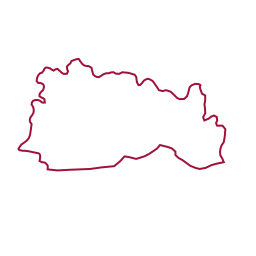 Byerastavitsa, Grodno, Belarus (Mercator projection), rotated 284°
{"feature_id": "67162791B90230438084188", "entity_name": "Byerastavitsa", "entity_type": "district", "adm_level": 2, "iso_a3": "BLR", "parent_name": "Belarus", "parent_adm1": "Grodno", "projection": "mercator", "projection_center": [23.993, 53.236], "detail": "fine", "context": "isolated", "style": "outline", "palette": "rose", "viewbox_px": 256, "rotation_deg": 284, "n_neighbors": 0, "source": "geoboundaries", "source_scale": "gbopen_adm2", "svg_char_len": 2393}
<svg xmlns="http://www.w3.org/2000/svg" viewBox="0 0 256 256"><g transform="rotate(284 128 128)"><path d="M68.4,60.0L69.7,69.6L73.5,82.0L79.1,101.2L83.4,111.9L87.6,123.8L94.0,128.5L99.6,131.5L100.0,135.8L100.0,143.4L102.1,146.9L104.7,151.1L107.7,154.5L112.4,158.8L115.4,161.4L119.2,163.1L119.2,171.6L118.8,175.4L116.6,179.7L113.2,180.6L111.1,184.4L110.2,188.2L108.1,193.4L106.4,197.6L105.6,203.2L105.6,207.5L108.1,213.0L112.0,217.7L114.9,222.8L118.0,229.2L121.0,227.0L124.0,224.1L127.5,223.0L130.9,222.7L133.8,223.0L137.2,224.3L141.4,224.1L145.5,223.6L150.5,222.7L153.1,219.1L152.6,217.0L151.8,213.9L153.9,212.3L157.0,212.7L160.2,211.4L160.9,208.4L159.6,206.4L156.4,203.8L153.8,200.2L156.7,198.3L161.1,199.4L166.1,197.8L169.2,196.5L173.6,196.2L178.3,195.0L179.2,191.5L183.3,188.7L185.7,187.6L187.0,188.0L187.6,187.0L187.6,184.9L186.9,182.2L184.5,179.1L182.2,177.9L177.3,177.9L173.2,177.7L169.8,175.5L168.5,171.1L169.1,168.2L171.8,163.8L173.5,160.7L173.9,156.4L173.5,154.9L172.2,152.8L172.2,148.8L174.5,146.5L176.0,144.7L178.2,142.3L179.6,140.5L180.5,137.3L180.5,135.1L179.2,133.3L177.7,131.9L175.0,130.7L172.8,129.5L172.2,127.8L174.4,125.7L177.3,124.5L179.6,123.6L181.3,121.5L181.5,118.0L181.6,115.0L180.7,109.0L178.4,106.3L177.8,102.9L178.6,100.4L177.8,98.0L176.4,96.0L175.8,93.6L174.4,91.4L172.6,89.7L170.3,87.5L170.0,85.2L170.4,83.5L171.4,81.4L173.2,80.3L175.0,79.3L177.6,78.0L178.5,75.1L178.1,72.5L178.1,70.4L179.1,68.1L180.7,66.1L183.1,63.4L182.3,61.4L180.5,58.6L179.2,56.9L176.7,56.4L174.8,54.9L172.8,53.9L170.7,54.6L168.4,56.1L165.8,55.5L164.9,52.3L165.6,50.3L166.8,48.2L168.3,45.2L167.2,43.2L165.7,42.0L166.3,39.7L167.0,37.8L167.1,35.1L166.6,33.3L164.5,32.3L163.0,32.2L162.3,31.8L160.9,31.2L159.7,29.3L157.3,28.1L154.7,27.7L151.4,28.0L150.0,30.0L150.5,31.9L150.1,34.7L148.9,36.0L147.3,36.6L144.3,36.5L141.9,34.9L139.7,34.0L137.4,34.4L136.7,36.4L136.4,38.3L135.7,40.0L132.5,41.1L131.9,38.7L133.0,36.3L133.4,33.8L132.6,31.0L131.4,29.3L129.6,28.6L127.6,28.7L126.0,30.3L124.4,31.5L121.9,32.4L119.9,32.6L117.3,31.9L114.8,30.8L112.1,30.7L110.2,31.5L108.5,33.5L104.6,33.9L101.3,34.3L97.7,34.6L94.5,34.3L91.5,33.0L88.5,30.6L86.1,28.5L83.4,27.4L81.2,26.8L80.3,27.8L80.4,31.1L81.0,33.8L81.4,37.2L81.5,39.6L81.6,43.2L81.8,46.4L81.7,47.8L80.7,49.1L78.7,49.8L74.5,50.2L74.0,52.7L74.3,55.6L74.0,56.6L72.2,59.1L71.1,59.5L70.0,59.7L68.4,60.0Z" fill="none" stroke="#9f1239" stroke-width="2"/></g></svg>